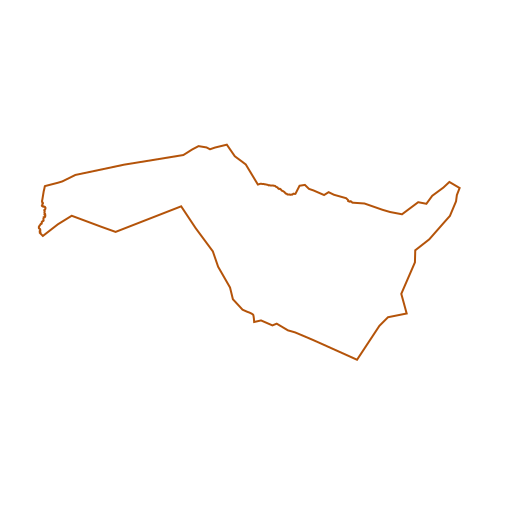 outline of Tonkhil, Govi-Altay, Mongolia, rotated 82°
{"feature_id": "93677404B45605151129701", "entity_name": "Tonkhil", "entity_type": "district", "adm_level": 2, "iso_a3": "MNG", "parent_name": "Mongolia", "parent_adm1": "Govi-Altay", "projection": "orthographic", "projection_center": [93.425, 45.796], "detail": "fine", "context": "isolated", "style": "outline", "palette": "amber", "viewbox_px": 512, "rotation_deg": 82, "n_neighbors": 0, "source": "geoboundaries", "source_scale": "gbopen_adm2", "svg_char_len": 4208}
<svg xmlns="http://www.w3.org/2000/svg" viewBox="0 0 512 512"><g transform="rotate(82 256 256)"><path d="M157.5,455.4L160.3,456.4L162.3,457.2L170.3,459.7L171.9,460.3L173.3,460.2L173.5,460.2L173.7,459.9L173.7,459.7L173.8,459.7L174.0,459.7L174.0,459.8L174.3,459.9L174.3,460.0L174.5,460.0L174.9,460.1L175.1,460.3L175.4,460.5L175.5,460.5L175.8,460.6L176.1,460.7L176.2,460.8L176.4,460.9L176.5,461.0L176.7,460.9L176.7,460.7L176.9,460.4L177.1,460.2L177.3,460.1L177.2,459.8L177.2,459.7L177.4,459.6L177.5,459.6L177.7,459.4L177.7,459.2L177.6,458.8L177.7,458.6L177.8,458.5L178.0,458.4L178.0,458.2L178.2,457.9L178.3,457.7L178.3,457.3L178.4,457.5L178.6,457.6L178.8,457.7L179.0,457.7L179.1,457.8L179.3,457.8L179.5,457.9L179.6,458.0L179.9,458.1L180.3,458.2L180.5,458.3L180.7,458.6L180.8,458.8L181.0,459.0L181.1,459.3L181.4,459.3L181.6,459.2L181.8,459.1L182.0,459.0L182.3,459.0L182.5,459.1L182.9,459.3L183.1,459.4L183.3,459.4L183.6,459.5L183.8,459.5L183.9,459.4L184.3,459.3L184.5,459.3L184.6,459.2L184.7,459.3L184.9,459.4L185.1,459.5L185.3,459.6L185.4,459.3L185.5,459.1L185.8,459.0L186.0,459.0L186.2,458.9L186.4,459.0L186.7,459.1L186.8,459.3L187.1,459.4L187.2,459.5L187.3,459.6L187.5,459.6L187.8,459.4L187.9,459.5L188.0,459.6L188.2,459.8L188.1,460.1L188.1,460.3L188.1,460.6L188.1,460.8L188.4,460.8L188.5,460.8L188.9,461.1L189.1,461.2L189.3,461.3L189.5,461.3L189.8,461.4L190.3,461.4L190.7,461.4L190.8,461.4L191.0,461.4L191.3,461.4L191.5,461.5L191.7,461.8L191.8,462.0L191.8,462.4L191.8,462.5L192.0,462.6L192.1,462.8L192.2,463.0L192.4,463.3L192.5,463.4L192.9,463.4L193.2,463.5L193.5,463.5L193.9,463.7L193.9,463.8L194.0,464.0L194.1,464.3L194.3,464.3L194.3,464.5L194.4,464.8L194.5,464.9L194.6,465.0L194.8,465.1L195.0,465.2L195.1,465.3L195.3,465.5L195.5,465.7L195.6,465.8L195.7,466.0L195.9,466.1L196.0,466.3L196.5,466.6L196.7,466.8L197.0,466.9L197.1,467.0L197.4,467.0L197.8,467.1L198.2,467.1L198.4,467.0L198.5,467.0L198.6,466.9L198.7,466.7L198.8,466.5L198.9,466.4L199.1,466.2L199.4,466.1L199.6,466.0L199.9,466.0L200.2,466.0L200.4,466.0L200.5,466.0L200.7,466.3L200.8,466.4L200.9,466.5L201.1,466.4L201.3,466.3L201.5,466.3L201.6,466.5L201.8,466.8L202.0,466.9L202.3,466.8L202.3,466.7L202.2,466.6L202.1,466.4L202.3,466.2L202.5,466.1L202.9,466.4L203.2,466.7L206.0,464.6L206.4,464.4L206.5,464.3L197.0,447.7L190.5,432.9L205.5,405.2L212.6,391.7L196.4,323.2L220.0,311.9L245.4,298.1L261.4,295.0L283.6,286.1L295.6,284.9L307.3,276.8L310.0,272.5L311.1,270.4L312.5,268.3L313.5,267.2L314.0,266.9L315.3,266.8L317.9,266.8L321.1,267.0L320.5,260.0L327.0,249.4L325.9,244.9L334.1,234.7L335.3,231.9L337.1,227.9L347.3,210.9L372.8,170.4L342.3,143.5L335.0,133.8L333.9,114.8L320.6,116.5L313.7,117.4L284.4,99.5L272.5,97.5L263.6,82.1L247.6,63.5L243.3,58.4L229.7,50.3L223.6,48.6L217.0,44.9L209.6,54.2L214.3,60.9L220.9,73.1L228.0,80.0L225.3,87.9L235.0,105.6L231.1,117.1L227.9,124.2L219.1,141.3L216.6,153.1L215.5,154.0L215.1,154.4L214.9,154.7L214.9,154.9L215.2,155.3L215.3,155.5L214.9,156.3L214.5,157.0L214.4,157.1L213.9,156.9L213.5,157.0L211.3,158.7L206.2,170.3L202.9,175.2L205.1,180.1L199.1,189.9L196.9,194.2L192.4,197.7L192.5,203.1L199.9,208.3L200.0,208.7L199.5,210.3L200.2,211.4L200.3,211.9L200.0,212.6L200.2,213.4L200.1,213.8L199.9,214.0L199.7,214.3L199.7,214.9L199.6,215.6L199.5,216.2L199.4,216.4L199.1,216.5L198.9,216.7L198.6,217.0L198.5,217.4L198.3,217.9L197.8,218.2L197.4,218.5L197.0,218.7L196.6,219.0L196.4,219.2L195.9,219.8L195.6,220.1L195.4,220.4L195.2,220.7L195.0,221.2L194.7,221.5L193.8,222.0L193.1,222.5L192.8,222.9L192.7,223.1L192.9,223.8L192.5,224.2L192.1,224.7L191.9,224.8L191.3,225.0L191.0,225.4L190.7,225.7L190.6,226.1L189.9,226.9L189.4,227.2L189.2,227.5L189.1,227.8L189.0,228.2L188.9,228.7L188.6,229.1L188.5,229.7L188.3,231.4L188.1,232.2L187.8,232.6L187.8,233.7L187.7,233.8L187.4,234.1L187.2,234.4L187.2,234.5L186.9,235.2L186.8,235.5L186.7,235.9L186.5,236.3L186.4,236.5L186.3,237.0L186.2,237.5L186.0,237.8L185.9,238.0L185.7,238.5L185.7,239.2L185.4,240.3L185.1,241.0L185.2,242.6L185.4,243.3L185.5,244.2L163.9,253.4L154.3,263.1L141.7,269.4L142.9,281.5L143.9,286.7L141.6,289.9L139.2,297.6L141.6,304.3L145.9,313.9L147.2,374.0L150.6,423.6L155.2,437.5L155.9,442.0L157.4,455.3L157.5,455.4Z" fill="none" stroke="#b45309" stroke-width="2"/></g></svg>